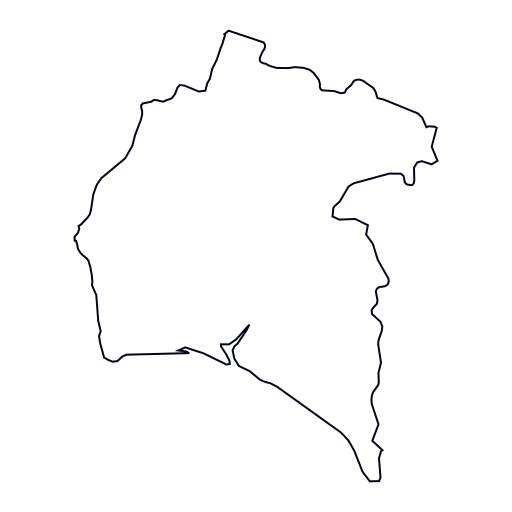 map outline of Huelva (Natural Earth projection)
{"feature_id": "ESP-5824", "entity_name": "Huelva", "entity_type": "Autonomous Community", "adm_level": 1, "iso_a3": "ESP", "parent_name": "Spain", "parent_adm1": "", "projection": "natural_earth1", "projection_center": [-6.789, 37.509], "detail": "fine", "context": "isolated", "style": "outline", "palette": "ink", "viewbox_px": 512, "rotation_deg": 0, "n_neighbors": 0, "source": "natural_earth", "source_scale": "10m", "svg_char_len": 2638}
<svg xmlns="http://www.w3.org/2000/svg" viewBox="0 0 512 512"><path d="M104.1,357.5L100.2,343.4L99.0,336.1L100.7,331.2L98.2,320.7L96.3,295.1L91.9,285.1L92.4,281.5L91.7,274.4L90.2,266.6L88.4,260.6L86.9,258.6L82.5,255.0L80.5,252.9L78.4,249.6L78.2,249.3L77.6,247.4L77.4,245.2L76.1,240.8L75.1,240.9L74.7,240.5L74.5,237.1L75.4,235.8L78.1,232.7L78.4,231.1L79.0,229.7L79.2,228.1L78.5,226.1L81.0,224.5L87.8,217.3L89.6,214.7L91.0,209.8L93.3,194.4L96.8,184.7L101.4,178.1L125.1,158.4L132.3,145.9L135.1,135.0L140.8,120.0L142.2,114.3L142.1,111.0L141.3,108.0L141.1,105.4L142.9,103.4L151.1,101.8L153.9,100.0L157.2,100.2L160.5,101.2L163.7,101.6L166.9,100.0L170.3,99.0L172.2,97.8L174.9,94.2L177.5,87.6L179.7,85.1L184.2,85.5L198.8,91.5L205.3,90.7L207.4,82.9L209.9,78.9L212.1,69.2L216.9,59.4L220.4,48.7L222.4,43.9L225.1,34.8L224.3,34.2L228.6,30.7L263.6,42.4L265.0,44.8L265.0,47.1L264.2,49.3L262.9,51.2L261.8,53.2L260.0,57.6L259.7,59.8L260.4,61.7L262.6,63.0L266.0,63.9L269.2,65.7L276.3,67.9L288.5,68.1L294.7,67.1L303.1,67.8L306.8,68.8L310.2,70.1L313.8,73.1L318.7,79.7L319.4,81.9L320.0,84.3L319.8,86.7L320.4,88.8L322.0,90.3L334.3,91.1L340.6,93.2L344.4,92.7L345.3,91.8L345.9,89.9L347.2,88.5L351.1,85.2L352.4,83.3L353.4,81.5L355.2,80.2L357.4,79.6L360.0,79.7L362.9,80.7L373.3,88.0L375.3,91.2L376.2,93.7L376.7,95.9L377.4,97.7L377.5,98.0L384.1,99.7L417.8,113.4L422.2,117.6L426.4,127.2L428.7,126.3L434.5,126.7L436.7,127.8L431.7,146.7L437.5,160.8L431.6,164.3L421.8,161.2L417.2,162.5L414.0,167.6L414.3,180.3L413.8,183.4L412.3,185.0L410.6,185.1L407.2,184.5L405.7,183.5L404.6,181.7L404.1,177.9L403.6,176.1L400.9,173.7L389.3,173.6L353.7,183.3L348.6,186.5L339.7,201.6L334.7,206.0L333.4,207.9L332.5,216.4L339.1,219.6L355.2,219.0L367.9,225.2L366.1,234.5L372.8,243.8L377.8,259.9L388.4,278.6L388.8,281.6L387.8,284.3L385.2,286.2L379.3,287.1L376.9,288.7L375.8,291.5L377.5,300.1L376.9,303.8L373.1,307.8L371.6,310.3L372.0,314.0L380.5,321.8L382.3,326.4L381.8,330.9L378.6,340.0L378.1,343.8L381.0,362.7L378.5,372.6L378.8,382.8L378.1,385.1L373.0,392.4L371.8,395.9L371.4,399.8L371.8,404.1L378.5,424.3L372.3,440.8L382.5,450.2L381.0,451.3L379.0,458.1L380.5,477.5L379.1,481.1L369.8,481.3L362.5,471.7L354.1,450.4L348.3,440.3L340.9,432.5L277.3,386.9L270.5,383.3L264.4,381.7L260.0,379.7L249.3,370.9L244.1,368.5L239.0,366.0L234.4,358.8L232.6,350.4L234.4,346.3L237.5,343.7L246.5,330.3L249.4,324.6L236.3,339.3L229.1,344.3L221.0,344.3L221.0,346.3L226.6,355.0L229.4,360.6L229.8,364.1L226.4,364.5L203.7,353.4L195.4,350.7L185.2,347.4L178.4,350.5L185.7,351.4L189.2,353.1L126.5,354.7L122.5,356.4L117.4,361.1L112.6,361.7L108.2,359.9L104.1,357.5Z" fill="none" stroke="#020617" stroke-width="2"/></svg>